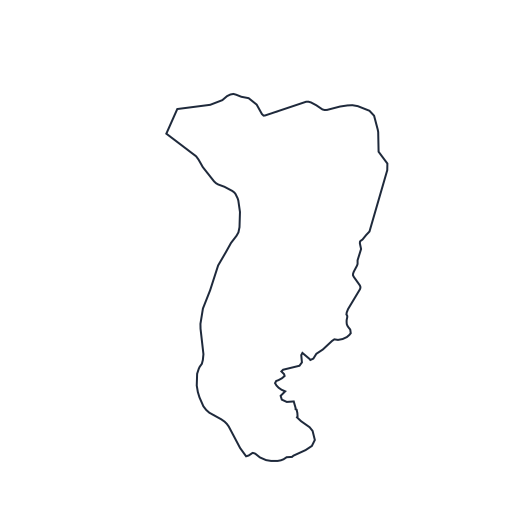 Boaco, Mercator projection, rotated 118°
{"feature_id": "NIC-668", "entity_name": "Boaco", "entity_type": "Department", "adm_level": 1, "iso_a3": "NIC", "parent_name": "Nicaragua", "parent_adm1": "", "projection": "mercator", "projection_center": [-85.423, 12.417], "detail": "fine", "context": "isolated", "style": "outline", "palette": "slate", "viewbox_px": 512, "rotation_deg": 118, "n_neighbors": 0, "source": "natural_earth", "source_scale": "10m", "svg_char_len": 2167}
<svg xmlns="http://www.w3.org/2000/svg" viewBox="0 0 512 512"><g transform="rotate(118 256 256)"><path d="M279.7,136.1L281.8,136.5L284.9,137.7L288.6,140.5L291.6,144.2L292.8,147.7L295.3,149.0L307.2,153.1L314.0,156.8L319.7,157.2L322.3,159.2L321.8,160.2L319.8,169.5L322.3,169.5L328.4,165.5L332.5,166.1L343.7,178.7L346.0,179.4L347.1,175.8L348.5,174.4L351.8,175.7L355.1,177.9L356.9,179.5L359.3,179.5L360.7,177.2L361.7,174.2L362.1,170.7L361.8,166.7L367.9,168.6L370.7,165.8L370.4,160.3L366.7,154.4L371.5,149.8L372.7,149.1L372.6,148.0L375.2,145.8L378.1,144.0L379.2,144.1L380.7,138.7L382.0,128.3L383.9,123.9L390.8,117.7L397.5,117.5L404.1,121.1L414.7,129.2L416.5,129.9L419.3,134.5L422.5,136.2L424.7,138.1L426.8,140.7L429.9,146.6L431.5,151.3L432.0,158.0L430.9,163.8L431.1,165.4L431.5,166.6L435.6,168.8L437.5,170.7L433.0,179.9L419.3,200.1L417.9,203.0L417.0,206.0L416.5,210.1L416.3,223.6L415.3,227.7L413.4,231.9L407.4,239.5L403.4,243.5L398.2,247.5L387.6,252.7L382.4,253.6L380.3,253.7L376.6,253.2L372.8,254.1L367.4,256.3L346.3,270.8L342.0,273.2L327.3,278.2L307.9,280.4L282.1,285.0L266.7,284.4L256.2,284.2L247.3,282.7L243.4,282.6L238.3,284.1L224.7,290.8L215.4,297.6L213.7,299.3L210.8,303.3L210.1,305.0L209.7,307.4L209.7,316.4L210.6,323.0L210.5,325.5L209.8,328.1L202.5,344.7L202.1,345.3L201.7,346.0L201.2,346.7L197.8,352.1L196.1,355.6L190.1,392.6L163.2,394.5L144.0,367.4L134.2,358.9L128.4,356.6L125.4,354.4L123.5,352.0L122.9,349.2L122.3,343.7L120.1,336.6L122.0,326.5L127.9,317.4L128.5,315.2L127.7,314.0L96.3,284.2L95.2,282.3L94.6,279.6L94.6,273.5L95.4,266.2L94.9,264.0L93.7,261.9L84.6,252.0L80.1,245.9L77.6,241.7L75.9,236.5L74.5,224.0L76.7,217.6L87.3,207.8L89.2,206.3L106.4,196.7L112.7,183.4L118.6,180.4L181.1,167.3L185.8,168.6L191.5,169.7L193.6,170.8L194.6,170.9L196.1,170.2L200.5,166.5L204.7,165.7L212.1,164.3L215.3,162.6L217.0,162.3L223.9,162.3L226.0,162.0L227.4,161.4L228.5,159.9L233.2,150.5L233.8,149.8L234.4,149.2L235.4,148.8L236.6,148.6L259.6,149.8L263.2,149.4L265.2,148.7L265.6,147.9L266.2,147.2L267.2,146.7L270.0,145.9L271.6,145.1L273.2,144.1L273.9,143.5L275.0,142.0L275.8,140.4L276.4,138.9L276.9,138.1L279.7,136.1Z" fill="none" stroke="#1e293b" stroke-width="2"/></g></svg>